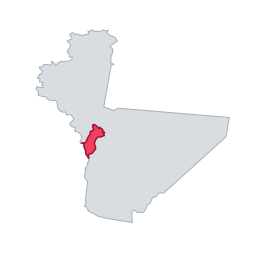 location of Douentza, Mopti, Mali, rotated 100°
{"feature_id": "8926073B88686388091277", "entity_name": "Douentza", "entity_type": "district", "adm_level": 2, "iso_a3": "MLI", "parent_name": "Mali", "parent_adm1": "Mopti", "projection": "natural_earth1", "projection_center": [-2.566, 15.116], "detail": "fine", "context": "in_parent", "style": "filled", "palette": "rose", "viewbox_px": 256, "rotation_deg": 100, "n_neighbors": 0, "source": "geoboundaries", "source_scale": "gbopen_adm2", "svg_char_len": 5637}
<svg xmlns="http://www.w3.org/2000/svg" viewBox="0 0 256 256"><g transform="rotate(100 128 128)"><path d="M45.0,196.2L45.0,195.3L44.3,194.6L44.3,194.2L44.7,191.4L44.7,190.6L45.0,189.2L44.5,188.5L44.4,188.0L43.3,186.2L42.9,184.6L42.3,183.5L40.9,183.2L40.4,184.1L40.1,184.2L39.6,183.6L39.4,183.0L39.4,182.5L37.6,180.1L37.7,178.7L38.4,178.0L38.7,176.9L38.0,175.6L38.2,174.3L38.1,172.5L37.1,171.0L36.4,170.3L35.8,169.2L36.3,166.7L35.2,164.6L37.2,165.4L38.2,164.6L39.1,163.5L39.9,162.1L40.2,160.3L40.4,158.8L41.2,156.4L42.1,155.3L44.1,153.6L44.6,153.8L47.8,157.3L49.6,159.1L50.3,160.0L50.9,160.1L51.8,158.3L52.7,156.8L53.1,156.5L56.3,156.3L58.0,156.5L59.5,157.0L61.6,157.1L67.2,156.0L67.3,155.3L67.2,154.5L67.4,153.8L67.9,153.2L68.3,153.1L68.4,155.1L68.9,155.4L70.2,155.5L111.4,155.5L113.2,145.1L110.2,141.3L100.1,30.0L119.6,30.0L123.0,32.5L185.8,81.5L186.1,83.1L186.1,85.2L186.5,85.9L187.5,86.6L191.0,88.7L191.3,89.1L191.5,90.0L191.9,91.0L192.7,91.7L193.5,92.1L194.6,92.4L197.9,92.8L198.5,93.3L200.0,95.2L200.7,95.6L205.1,96.6L206.5,97.1L208.1,98.0L208.9,98.8L208.9,101.8L209.5,103.8L209.5,104.3L208.8,105.1L208.7,105.7L207.9,107.3L208.0,107.9L209.6,109.1L210.3,109.4L211.2,109.4L220.4,107.4L220.8,135.7L220.4,136.1L220.2,141.2L219.6,144.1L218.4,146.3L217.7,149.6L217.2,150.2L216.9,152.1L216.2,153.1L215.0,153.6L212.9,155.7L212.7,157.3L207.7,156.4L207.4,156.4L207.2,156.7L207.1,157.5L194.3,158.1L188.0,158.4L184.0,162.3L181.5,162.6L178.2,162.3L176.6,162.3L175.9,162.5L175.8,163.2L170.7,161.3L168.8,161.9L168.5,161.7L168.3,161.2L167.3,161.0L165.9,161.1L164.8,161.4L161.6,164.4L159.8,165.2L156.6,167.0L154.3,168.5L153.5,168.8L152.2,168.9L151.2,169.2L150.2,172.7L149.6,173.0L145.7,171.6L145.0,171.8L144.3,172.2L142.1,174.2L141.0,175.9L140.5,178.0L140.6,179.4L140.2,179.9L139.2,180.0L137.4,179.5L136.8,179.7L136.6,180.8L136.6,183.1L136.2,184.7L135.2,185.2L134.3,185.8L133.7,186.0L133.1,185.8L130.0,183.5L128.9,183.1L127.8,183.4L126.7,184.4L124.6,186.8L124.8,187.7L125.4,188.7L125.8,190.0L125.8,191.1L122.9,192.7L123.6,193.9L123.5,197.1L122.2,198.6L121.7,199.5L120.4,200.6L119.3,201.1L115.8,202.0L114.4,203.0L113.8,203.8L113.6,204.7L113.7,205.7L114.4,207.9L114.2,209.8L113.6,212.0L113.1,213.0L111.5,214.2L111.7,215.6L111.8,217.8L111.6,220.5L111.1,222.3L110.7,222.1L109.1,222.2L107.5,222.8L106.9,223.2L106.7,223.9L105.3,225.3L104.4,225.2L103.5,224.9L103.0,224.5L103.0,224.2L103.5,223.0L103.5,222.6L103.0,220.6L103.1,220.0L102.9,218.5L102.7,218.4L100.9,219.1L100.8,219.4L101.1,220.4L100.9,220.5L100.2,220.5L99.3,220.2L98.3,219.3L98.0,219.6L97.9,220.3L97.9,221.2L98.1,222.7L97.8,223.3L96.3,223.2L94.9,223.4L94.6,224.0L94.5,224.6L94.8,225.3L94.7,225.6L94.2,226.0L93.9,226.0L93.2,225.2L90.3,224.5L90.0,223.4L89.7,223.4L88.7,222.1L88.4,222.2L88.0,222.4L86.9,222.3L85.9,223.4L85.2,224.8L84.4,225.5L83.2,225.8L83.3,224.9L83.0,223.7L80.5,222.1L80.1,221.5L79.4,218.0L79.5,217.0L79.6,216.1L79.6,215.4L79.3,214.9L78.5,214.3L77.7,214.1L76.7,214.8L76.3,214.9L75.8,214.9L75.6,214.6L75.6,214.3L76.7,212.4L77.2,211.6L78.3,210.7L78.6,210.3L78.6,209.9L78.5,209.7L77.8,209.3L76.7,208.4L76.1,208.4L75.6,208.0L75.1,206.6L74.9,206.3L74.3,206.2L73.9,205.9L73.9,202.6L72.9,200.1L71.9,197.0L71.4,196.3L70.6,195.6L69.5,195.2L68.5,195.1L67.5,195.5L68.1,196.7L68.2,197.3L68.1,197.8L67.9,198.2L66.4,198.6L64.5,199.7L63.8,201.0L63.4,201.2L62.6,201.0L57.5,198.8L55.4,199.7L53.9,201.7L53.6,202.3L52.9,202.9L52.6,202.9L52.2,202.5L50.7,199.6L50.1,198.9L49.3,198.8L48.6,199.3L47.9,200.3L46.9,201.2L46.4,201.5L45.9,201.4L43.8,199.4L43.7,199.0L44.6,196.6L45.0,196.2Z" fill="#d9dde1" stroke="#a8b0b8" stroke-width="1"/><path d="M140.7,164.4L141.3,164.4L141.7,164.5L142.1,164.9L142.5,165.2L144.7,165.9L149.8,167.2L150.0,167.6L150.2,168.4L150.3,169.2L150.8,170.7L150.9,170.8L150.9,170.7L151.0,170.4L151.0,170.1L151.1,169.9L151.1,169.7L151.1,169.2L151.1,168.6L151.7,168.4L152.4,168.3L153.1,168.1L153.7,168.0L154.2,167.8L154.6,167.6L155.0,167.4L155.4,167.2L155.7,166.9L156.0,166.8L156.4,166.5L157.0,166.1L157.9,165.6L158.3,165.5L158.7,165.4L159.0,165.4L159.4,165.4L159.7,165.4L160.2,165.2L160.6,165.1L160.9,165.0L161.1,164.9L161.2,164.7L161.3,164.6L161.4,164.4L161.5,164.3L161.6,164.2L162.1,163.7L162.5,163.4L163.2,162.8L163.8,162.2L164.0,162.1L164.3,161.9L164.5,161.6L164.8,161.4L165.0,161.2L162.4,162.0L161.3,162.1L160.3,161.6L159.7,159.7L158.7,158.6L157.7,158.2L156.5,157.4L154.4,156.4L152.9,156.5L151.9,156.8L150.7,157.7L149.4,158.4L147.4,158.3L145.8,158.1L144.9,157.8L144.2,157.2L142.7,156.6L141.7,155.3L141.5,154.4L141.7,153.3L141.3,152.7L140.9,152.3L140.5,151.9L140.3,151.6L140.2,151.2L140.1,150.8L139.9,150.6L139.8,150.3L139.5,150.2L139.4,150.4L139.2,150.6L139.2,150.8L139.0,151.0L138.9,151.0L138.8,150.7L138.7,150.6L138.5,150.9L138.5,151.0L137.7,151.2L137.5,150.8L137.5,150.7L137.4,150.7L137.1,150.7L136.9,150.7L136.7,150.5L136.6,150.3L136.5,150.2L136.4,150.2L136.3,150.4L136.3,150.6L136.6,150.8L136.5,151.0L136.4,151.0L136.2,151.1L136.1,151.3L136.1,151.5L136.3,151.8L136.2,152.0L136.3,152.3L136.3,152.5L136.2,152.5L135.9,152.5L135.7,152.7L135.6,152.8L135.2,152.6L134.9,152.4L134.6,152.4L134.2,152.4L133.9,153.0L133.6,153.6L133.4,153.7L133.3,153.9L133.2,154.4L132.9,155.0L132.5,155.3L132.4,155.5L132.2,155.7L132.3,155.8L133.0,156.2L133.7,156.5L132.9,157.1L132.0,158.6L131.0,160.2L130.5,161.8L130.6,162.7L131.0,163.1L131.8,162.7L132.5,163.2L134.4,162.1L135.4,161.4L135.5,161.4L135.5,161.6L136.0,162.1L136.5,162.6L137.3,162.9L137.5,163.1L137.7,163.4L137.7,164.0L137.7,164.3L137.8,164.4L138.0,164.5L138.2,164.4L138.3,164.2L138.7,164.0L139.0,164.2L139.4,164.1L139.7,164.2L139.8,164.4L140.0,164.5L140.4,164.4L140.7,164.4Z" fill="#f43f5e" stroke="#9f1239" stroke-width="1.5"/></g></svg>